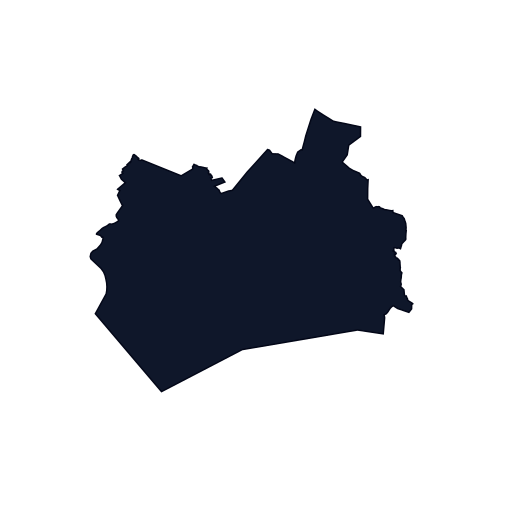 Hole nor, Buskerud, Norway (Albers equal-area conic projection), rotated 303°
{"feature_id": "86288312B40631627404098", "entity_name": "Hole nor", "entity_type": "district", "adm_level": 2, "iso_a3": "NOR", "parent_name": "Norway", "parent_adm1": "Buskerud", "projection": "albers", "projection_center": [10.375, 60.042], "detail": "fine", "context": "isolated", "style": "filled", "palette": "ink", "viewbox_px": 512, "rotation_deg": 303, "n_neighbors": 0, "source": "geoboundaries", "source_scale": "gbopen_adm2", "svg_char_len": 5673}
<svg xmlns="http://www.w3.org/2000/svg" viewBox="0 0 512 512"><g transform="rotate(303 256 256)"><path d="M249.2,381.4L260.0,405.1L273.4,398.0L274.3,397.5L275.0,396.9L276.4,395.4L278.5,396.7L280.8,397.0L284.8,397.0L285.2,397.0L287.2,397.4L289.1,398.1L289.1,403.4L292.0,414.9L296.4,415.3L300.1,413.0L301.3,413.5L301.5,412.7L301.4,408.0L301.5,407.6L301.8,407.0L302.1,406.8L302.2,406.7L302.4,406.4L302.7,406.2L302.9,406.0L303.0,405.4L304.3,403.8L304.1,403.6L303.7,402.8L303.9,402.2L304.2,401.8L304.3,401.6L308.3,398.4L308.3,398.2L309.2,393.7L310.6,393.5L311.5,393.1L313.1,391.3L313.9,391.0L314.7,390.5L316.2,389.9L317.5,389.3L318.8,388.5L320.4,387.8L321.3,387.6L321.5,387.1L321.7,386.2L321.8,385.8L322.3,384.9L322.4,384.7L324.1,383.7L324.9,383.4L325.2,383.1L325.5,382.8L328.3,380.7L328.8,380.4L330.0,379.4L330.3,379.1L330.4,378.6L330.4,378.3L330.4,378.1L330.3,377.9L330.6,377.8L330.7,377.6L330.8,377.5L330.8,377.0L330.9,376.7L331.0,376.2L331.0,375.8L331.1,375.6L330.8,375.3L330.7,375.1L330.7,374.8L330.7,374.7L331.2,373.8L331.2,373.6L331.1,373.3L331.5,372.7L331.5,372.3L331.5,372.2L331.8,372.2L332.0,372.0L332.3,372.0L332.8,372.0L333.0,372.1L333.0,371.9L333.1,372.0L333.4,371.9L333.5,371.9L333.5,371.7L333.6,371.8L333.8,371.8L334.3,372.0L334.5,372.1L334.7,371.7L334.9,371.3L335.0,371.3L335.1,371.2L335.0,370.9L334.9,370.8L334.9,370.7L335.0,370.2L335.0,369.9L334.8,369.5L334.8,369.4L334.8,369.1L334.8,368.7L334.8,368.2L335.1,368.1L335.3,368.2L335.6,368.5L335.8,368.6L335.9,368.4L336.2,368.3L336.5,368.0L337.0,367.6L337.3,367.5L337.7,367.5L337.9,367.4L338.0,367.3L338.7,368.0L339.0,368.8L339.2,369.7L339.4,370.1L339.8,370.6L340.6,371.5L340.7,372.0L340.8,373.2L342.2,372.8L342.9,372.5L343.8,372.4L343.9,372.2L344.2,372.1L345.6,371.7L346.2,371.7L346.7,371.8L349.0,372.2L349.8,372.4L351.3,372.6L351.7,372.4L352.4,372.0L353.2,371.4L353.9,371.0L356.3,369.6L359.2,368.1L359.1,367.8L361.6,366.4L364.4,364.2L364.8,363.9L366.3,362.1L366.5,361.7L367.5,360.6L368.2,359.7L368.4,358.6L369.4,356.7L368.0,351.1L367.8,350.5L367.5,349.0L367.0,347.3L368.3,346.2L368.6,346.0L368.1,345.5L367.9,345.3L367.0,343.4L366.3,341.6L365.9,340.5L365.4,339.5L365.2,339.2L365.0,338.6L364.8,337.8L364.7,337.6L364.8,337.3L364.8,336.9L364.7,336.5L364.0,333.8L364.0,333.5L364.4,333.1L364.5,332.9L364.4,332.5L364.2,332.0L364.1,331.8L363.3,331.0L363.1,330.4L362.8,329.9L362.1,329.4L360.5,328.6L360.3,328.5L360.2,328.4L360.1,327.9L364.4,318.7L373.5,312.9L381.0,308.5L380.5,308.1L380.4,307.8L380.4,307.4L380.5,306.5L381.0,304.7L380.9,303.1L380.8,302.9L380.6,302.9L380.4,302.7L380.6,302.3L380.6,301.7L380.6,301.3L380.7,301.1L380.7,300.8L380.7,300.6L380.7,300.4L380.5,300.1L380.5,299.8L380.6,299.6L381.0,299.6L381.3,299.0L381.4,298.7L381.7,298.2L381.8,297.8L381.8,297.6L380.8,291.9L380.6,291.3L380.4,286.9L380.4,286.0L380.7,284.5L381.6,277.7L381.8,277.3L382.2,277.1L390.5,277.4L399.5,273.4L413.2,278.5L421.2,273.4L415.0,257.2L414.7,256.6L414.5,256.0L413.7,254.0L413.5,253.6L412.0,249.8L411.1,247.1L411.1,244.7L410.9,235.1L410.9,228.7L411.1,225.5L400.7,227.7L383.9,232.3L378.5,234.2L370.1,236.9L369.6,235.9L365.9,234.4L362.0,235.1L360.0,235.7L357.3,236.7L355.1,237.7L355.0,237.0L355.0,235.1L354.7,232.3L354.7,232.0L354.6,230.7L354.5,229.5L354.4,228.7L354.3,227.2L354.1,225.0L354.1,223.7L354.0,223.0L353.8,220.8L353.7,220.0L353.6,218.9L352.7,217.5L352.4,217.0L350.5,213.9L352.1,209.7L351.9,208.8L351.6,207.7L348.2,207.2L347.8,207.1L347.2,207.0L334.3,205.0L323.4,203.2L321.7,202.9L316.0,202.3L298.2,200.4L295.8,197.9L295.7,197.7L291.6,194.5L291.1,194.1L290.1,193.4L289.5,192.8L289.6,192.2L289.5,191.9L289.6,191.4L289.9,190.9L290.8,189.6L291.2,189.0L291.3,187.6L291.5,186.3L291.7,185.9L291.4,185.5L291.9,183.7L291.9,183.2L295.4,185.6L301.1,189.6L302.9,185.0L296.1,178.4L295.3,177.7L296.1,176.4L296.6,175.5L297.4,176.3L297.8,176.6L298.1,176.6L298.2,176.4L299.1,175.3L299.2,175.1L299.3,174.4L299.9,173.3L299.0,172.7L298.6,172.3L299.4,171.1L299.8,171.4L300.2,170.7L300.5,170.7L301.3,170.3L301.4,170.2L301.6,169.7L301.7,169.0L301.8,168.2L302.0,167.4L303.0,166.9L302.3,165.9L302.3,165.4L301.7,164.1L301.5,163.2L301.2,162.7L301.0,162.0L300.7,161.3L300.5,160.8L300.2,160.6L299.9,159.6L299.7,159.2L299.5,157.4L299.7,157.0L299.3,155.8L299.1,154.1L296.2,154.2L296.1,154.8L295.4,155.0L294.4,155.5L282.5,149.6L274.4,107.9L273.7,107.4L273.7,107.5L273.5,107.2L273.0,106.9L273.0,106.5L272.7,105.1L272.8,104.3L274.0,104.5L274.1,103.9L274.1,103.2L274.2,102.5L274.5,101.3L274.6,100.5L274.6,99.7L274.7,98.9L274.7,98.7L274.5,98.4L274.4,98.2L274.2,98.1L273.9,98.0L272.7,98.2L272.4,98.2L271.5,98.6L270.8,98.9L269.8,98.8L269.4,98.9L266.4,99.7L266.5,99.4L266.4,99.1L266.0,99.0L262.7,98.2L262.3,98.1L261.9,99.0L258.9,97.6L256.2,96.7L255.2,98.4L254.1,97.7L253.2,98.0L252.8,99.4L249.1,97.7L248.7,98.6L248.0,99.7L247.1,101.3L246.3,106.5L238.3,104.1L237.3,103.8L236.8,103.6L236.5,103.6L236.8,106.2L234.3,106.5L231.8,106.8L231.5,106.9L231.4,106.9L231.3,107.0L231.1,107.4L231.0,107.8L230.3,108.7L229.7,109.7L228.9,110.9L226.1,115.6L226.0,116.5L224.1,116.6L219.5,116.4L218.4,116.4L217.9,116.3L214.5,116.3L213.3,117.1L212.4,118.4L212.1,119.4L211.4,121.1L210.5,121.5L209.0,120.9L207.0,119.9L205.5,118.9L203.9,117.4L203.4,116.1L202.8,115.5L201.7,115.2L199.9,114.5L198.5,113.7L197.1,112.8L196.3,112.4L195.1,111.9L192.4,111.3L191.4,111.0L191.1,110.8L190.8,110.7L189.2,110.3L188.2,110.1L187.7,110.2L187.4,110.4L188.4,114.0L188.3,115.1L187.8,116.5L188.5,117.0L187.4,118.2L183.5,119.5L180.7,119.6L175.3,118.8L171.2,116.5L168.4,116.1L165.2,117.3L163.7,119.1L161.2,132.8L159.6,136.9L157.4,140.1L154.7,142.9L152.1,145.4L148.9,147.8L145.8,149.6L142.6,151.0L120.1,152.7L90.8,250.6L170.0,295.4L249.2,381.4Z" fill="#0f172a" stroke="#020617" stroke-width="1.5"/></g></svg>